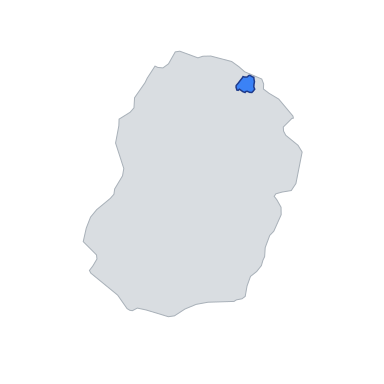 Centar župa highlighted on a map of North Macedonia, rotated 127°
{"feature_id": "MKD-2951", "entity_name": "Centar župa", "entity_type": "Statistical Region", "adm_level": 1, "iso_a3": "MKD", "parent_name": "North Macedonia", "parent_adm1": "", "projection": "albers", "projection_center": [20.577, 41.464], "detail": "fine", "context": "in_parent", "style": "filled", "palette": "blue", "viewbox_px": 384, "rotation_deg": 127, "n_neighbors": 0, "source": "natural_earth", "source_scale": "10m", "svg_char_len": 1537}
<svg xmlns="http://www.w3.org/2000/svg" viewBox="0 0 384 384"><g transform="rotate(127 192 192)"><path d="M174.2,103.1L179.9,103.8L192.3,100.1L199.9,95.1L203.8,94.3L209.0,92.3L216.6,92.5L224.2,94.5L233.9,91.5L243.3,86.7L247.2,87.8L251.4,91.6L254.1,92.6L270.4,112.9L279.3,121.1L289.7,127.2L301.5,131.5L305.8,135.8L313.8,157.6L317.6,165.8L322.7,168.2L323.9,170.5L324.2,173.7L319.1,189.3L317.7,223.9L316.4,226.7L310.5,226.7L302.7,227.6L299.7,230.4L297.1,249.0L284.5,254.7L273.1,257.9L263.4,257.5L246.3,253.4L240.8,253.0L236.1,255.6L220.9,257.2L214.3,260.6L198.9,282.5L183.1,290.3L177.7,294.1L165.5,289.4L159.7,289.0L151.3,294.6L132.9,295.3L127.9,296.3L113.7,297.3L113.1,294.3L110.4,289.9L103.8,287.9L90.2,289.7L86.9,286.5L81.3,268.0L77.0,265.0L72.1,258.8L63.9,238.8L63.7,230.0L64.3,222.3L59.8,204.3L62.6,199.8L66.8,196.9L66.8,189.7L65.6,178.7L70.6,157.1L72.0,155.5L73.2,156.5L85.2,158.2L88.3,155.5L90.3,151.2L90.9,135.4L93.8,128.1L122.7,114.1L131.1,113.6L137.7,119.9L142.9,123.9L146.0,123.8L147.1,119.7L150.6,111.7L156.5,107.1L174.0,103.1L174.2,103.1Z" fill="#d9dde1" stroke="#a8b0b8" stroke-width="1"/><path d="M69.1,220.7L68.6,219.3L67.4,217.6L66.6,217.0L64.9,216.8L64.1,216.1L63.9,215.4L63.7,213.1L63.4,212.1L63.2,211.7L64.7,210.3L66.3,208.5L68.7,207.3L70.9,205.9L72.1,203.8L74.6,203.8L76.5,204.1L77.7,205.9L78.3,208.5L79.4,209.5L80.6,209.5L81.3,211.9L81.3,214.1L81.4,216.0L83.0,216.3L83.6,217.6L82.9,218.4L81.8,219.9L80.3,220.8L77.3,220.6L73.8,220.6L70.6,220.5L69.1,220.7Z" fill="#3b82f6" stroke="#1e3a8a" stroke-width="1.5"/></g></svg>